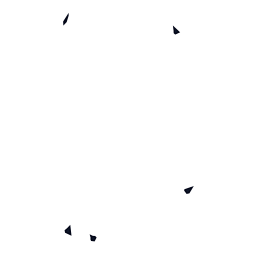 SVG path tracing the border of Dhaalu
{"feature_id": "MDV-5237", "entity_name": "Dhaalu", "entity_type": "Atoll", "adm_level": 1, "iso_a3": "MDV", "parent_name": "Maldives", "parent_adm1": "", "projection": "orthographic", "projection_center": [72.938, 2.822], "detail": "fine", "context": "isolated", "style": "filled", "palette": "ink", "viewbox_px": 256, "rotation_deg": 0, "n_neighbors": 0, "source": "natural_earth", "source_scale": "10m", "svg_char_len": 521}
<svg xmlns="http://www.w3.org/2000/svg" viewBox="0 0 256 256"><path d="M69.7,226.5L70.6,234.5L65.7,232.2L65.4,230.5L67.6,228.7L69.7,226.5ZM184.5,190.0L192.1,187.4L188.9,192.7L186.9,193.1L184.6,190.0L184.5,190.0ZM90.8,235.7L92.7,236.6L94.8,236.7L95.7,237.6L94.2,240.6L91.6,240.3L91.2,239.2L91.3,237.5L90.8,235.7ZM173.9,27.5L178.8,32.1L175.4,33.7L175.0,33.4L174.4,32.8L174.3,30.5L174.3,30.4L173.9,27.5ZM67.9,15.4L67.9,15.5L66.0,21.7L64.0,23.8L63.9,21.7L67.9,15.4Z" fill="#0f172a" stroke="#020617" stroke-width="1.5"/></svg>